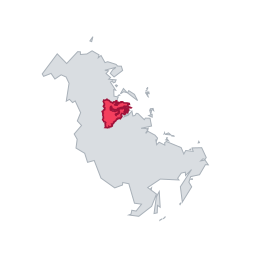 Yamal-Nenets highlighted on a map of Russia, rotated 73°
{"feature_id": "RUS-2382", "entity_name": "Yamal-Nenets", "entity_type": "Autonomous Province", "adm_level": 1, "iso_a3": "RUS", "parent_name": "Russia", "parent_adm1": "", "projection": "albers", "projection_center": [74.427, 67.879], "detail": "fine", "context": "in_parent", "style": "filled", "palette": "rose", "viewbox_px": 256, "rotation_deg": 73, "n_neighbors": 0, "source": "natural_earth", "source_scale": "10m", "svg_char_len": 9346}
<svg xmlns="http://www.w3.org/2000/svg" viewBox="0 0 256 256"><g transform="rotate(73 128 128)"><path d="M215.6,143.5L211.4,152.7L211.2,150.3L207.8,148.4L209.8,144.5L204.8,137.3L201.8,143.8L181.5,143.5L178.6,149.0L180.9,149.9L181.4,158.2L168.0,168.5L149.2,169.8L149.0,176.7L139.5,176.8L132.0,183.6L123.9,179.9L118.0,181.2L112.0,171.7L106.4,174.4L99.5,168.8L86.7,170.6L87.5,173.6L83.5,175.6L84.3,179.2L68.0,171.3L61.1,172.3L57.6,176.4L59.8,183.6L53.3,185.6L53.9,193.6L51.2,194.2L36.4,174.0L48.4,167.8L40.3,153.8L41.2,151.3L43.8,152.0L45.2,145.7L43.7,139.8L49.6,134.3L52.1,135.9L50.8,132.6L58.7,130.9L58.7,128.0L63.7,120.8L65.8,119.8L66.9,116.3L71.4,116.3L75.1,126.4L70.6,129.0L67.6,125.2L67.2,123.1L66.4,122.2L66.0,133.3L67.6,129.9L69.5,133.1L74.6,129.9L75.7,132.2L78.5,125.3L80.5,127.0L80.5,128.9L78.3,129.2L79.0,131.4L88.3,128.7L87.1,130.4L93.4,132.1L95.5,128.3L102.2,133.6L101.2,125.9L105.8,121.3L106.8,121.9L105.9,125.3L107.3,133.5L105.0,138.3L102.3,137.9L105.5,139.5L108.8,132.4L110.1,132.1L111.0,135.3L112.8,135.8L111.3,132.2L107.5,131.5L108.1,127.7L107.0,125.3L108.4,121.6L109.3,125.8L111.6,126.6L112.2,126.5L109.5,124.0L111.5,122.6L115.6,124.1L115.2,127.2L116.2,128.5L115.9,124.1L112.9,119.3L117.9,119.8L118.1,117.8L116.4,115.8L117.0,114.3L124.8,110.0L123.6,108.5L125.1,104.1L133.0,104.9L132.1,115.6L133.8,110.7L135.7,109.7L137.5,112.1L137.9,112.4L138.2,112.2L136.9,110.0L142.7,104.3L146.3,102.7L148.6,104.4L147.1,104.8L152.4,105.5L150.7,102.4L155.1,97.8L152.8,97.2L152.1,95.3L162.3,82.9L169.2,82.2L166.4,79.4L169.4,72.5L165.8,72.5L168.4,63.3L179.1,61.8L180.5,63.4L179.4,65.4L180.7,68.1L181.2,63.7L186.7,62.0L185.7,64.7L193.6,73.3L192.8,82.3L197.6,85.6L202.9,84.3L214.7,97.7L199.5,95.1L186.3,79.4L190.3,86.9L187.0,86.1L186.7,90.3L190.6,95.2L192.6,94.5L186.3,112.0L190.7,126.6L199.5,120.1L209.8,128.3L215.6,143.5ZM104.6,110.8L94.3,118.2L92.5,116.4L97.7,112.0L104.6,110.8ZM197.9,116.7L213.2,120.4L210.6,122.4L217.7,124.9L217.4,128.1L202.1,121.0L197.9,116.7ZM88.9,120.8L94.0,118.5L92.1,121.5L93.1,125.3L88.9,120.8ZM144.9,94.5L144.5,90.7L147.2,89.0L144.9,94.5ZM118.1,100.3L121.6,102.2L117.7,102.1L118.1,100.3ZM116.6,98.3L118.9,98.4L116.3,100.2L116.6,98.3ZM122.0,100.9L124.7,101.7L122.2,104.6L122.0,100.9ZM148.2,88.9L148.3,87.2L149.6,85.9L148.2,88.9ZM30.4,134.9L34.8,137.5L33.6,139.0L30.4,134.9ZM96.4,98.5L97.7,98.5L95.1,98.5L96.4,98.5ZM149.9,93.8L152.2,92.9L150.4,95.4L149.9,93.8ZM85.2,127.0L83.5,127.6L83.3,126.6L84.4,125.7L85.2,127.0ZM98.8,98.6L100.0,98.5L100.4,99.1L98.8,98.6ZM102.5,99.5L101.7,100.5L101.0,99.9L101.4,99.3L102.5,99.5ZM103.5,99.9L102.6,99.6L104.0,99.5L103.5,99.9ZM94.2,126.3L94.3,128.5L93.6,126.7L94.2,126.3ZM117.7,101.0L117.1,101.8L116.4,101.2L117.7,101.0ZM99.8,97.6L101.2,97.7L100.6,98.3L99.8,97.6ZM162.9,64.0L162.8,65.2L161.5,64.2L162.9,64.0ZM95.6,97.4L96.3,98.1L94.7,97.4L95.6,97.4ZM105.9,120.6L104.5,120.7L105.9,120.4L105.9,120.6ZM134.1,108.7L135.3,109.4L134.1,109.4L134.1,108.7ZM166.5,73.5L167.0,74.6L166.5,75.1L166.5,73.5ZM100.4,100.4L99.9,99.9L100.9,100.5L100.4,100.4ZM100.8,98.4L101.0,99.2L100.4,98.5L100.8,98.4ZM223.6,118.1L224.4,119.0L225.2,121.0L223.6,118.1ZM99.3,100.0L99.6,100.8L99.0,100.6L99.3,100.0ZM111.4,122.4L110.4,123.0L110.2,122.9L111.4,122.4ZM196.0,81.5L195.5,82.7L195.1,81.5L196.0,81.5ZM148.8,93.4L149.5,94.2L148.7,94.1L148.8,93.4ZM192.0,122.9L193.3,123.5L192.6,124.0L192.0,122.9ZM214.9,98.9L216.5,100.6L215.8,100.8L214.9,98.9ZM98.3,99.9L97.6,99.9L97.5,99.6L98.3,99.9ZM111.9,120.7L111.8,121.6L111.5,121.4L111.9,120.7ZM144.0,94.5L144.2,95.2L143.2,94.4L144.0,94.5ZM225.3,124.3L224.8,121.6L225.6,124.5L225.3,124.3Z" fill="#d9dde1" stroke="#a8b0b8" stroke-width="1"/><path d="M99.1,130.6L100.9,132.0L101.0,132.4L101.8,133.3L101.9,133.6L101.8,133.8L101.9,134.0L102.3,133.7L102.2,133.5L102.9,132.2L103.0,131.9L102.5,132.0L102.3,131.8L102.0,130.9L102.1,130.2L101.8,130.3L101.1,129.7L100.9,129.9L101.0,130.1L100.9,130.0L100.9,129.5L101.1,128.8L101.3,128.9L101.5,128.6L101.4,128.3L101.6,127.8L101.6,127.5L101.7,126.9L101.6,126.6L101.2,126.8L101.1,126.4L101.5,125.9L101.3,126.1L101.2,126.0L101.5,125.3L102.2,125.1L102.9,124.5L102.9,124.3L103.2,123.5L103.6,122.3L103.6,122.2L103.7,121.8L103.7,121.7L104.1,121.0L104.4,121.0L104.2,121.3L105.8,121.3L106.2,121.5L106.3,121.5L106.8,121.9L106.7,121.9L106.8,122.0L106.7,122.2L106.8,122.4L106.8,122.7L106.8,123.0L106.5,124.0L106.4,124.2L106.3,124.6L105.9,125.2L106.1,125.7L106.5,126.2L106.5,126.5L106.7,126.9L106.5,127.6L106.6,128.1L106.3,128.5L106.5,128.8L106.3,129.2L106.5,129.7L106.3,130.2L106.4,130.8L106.4,131.2L106.2,131.5L106.3,132.2L107.2,133.2L107.3,133.5L107.2,133.5L106.8,134.2L106.8,134.5L106.9,134.9L106.9,135.2L106.7,135.3L106.8,135.6L106.2,135.8L106.0,136.2L106.1,136.4L106.0,136.6L105.6,136.7L105.8,137.1L105.7,136.9L105.5,137.1L105.5,137.3L105.3,137.7L104.8,137.6L105.0,137.8L105.0,138.4L104.6,138.4L104.7,138.5L104.1,138.7L103.7,138.4L104.1,138.2L103.7,138.3L103.3,137.7L102.9,137.9L102.7,137.8L102.3,137.8L102.4,138.3L103.7,139.2L104.8,139.2L105.4,139.6L105.8,139.5L105.9,138.9L107.5,137.6L107.6,137.3L107.6,136.7L108.5,135.6L108.5,135.0L108.4,134.4L108.0,133.7L108.2,133.4L108.1,133.1L108.2,132.8L109.8,132.1L110.3,132.1L110.4,132.4L110.3,132.7L111.0,133.3L111.0,133.5L110.9,133.9L111.1,134.1L111.0,134.8L111.1,135.0L110.9,135.2L110.9,135.4L111.5,135.8L111.5,136.0L113.0,135.8L112.7,135.7L112.4,135.7L112.5,135.6L112.3,135.5L111.7,135.6L111.8,135.4L111.6,135.3L111.3,135.4L111.3,135.0L111.4,134.9L111.3,134.7L111.3,134.4L111.9,133.9L111.7,133.6L111.6,133.3L111.3,132.2L109.7,131.4L109.2,131.3L108.8,131.8L108.5,131.8L108.0,131.6L107.7,131.8L107.5,131.6L107.6,130.9L107.3,130.0L107.5,129.1L107.5,128.9L108.0,127.9L108.0,127.5L107.7,127.0L107.7,126.6L107.4,125.9L106.9,125.4L107.3,124.7L107.4,124.3L108.6,123.4L108.7,122.9L108.7,122.2L108.4,121.6L108.6,121.4L109.0,121.7L108.9,121.9L109.2,122.2L109.1,122.4L109.2,123.0L109.1,123.4L109.0,123.8L108.8,124.0L108.8,124.4L109.1,124.7L109.0,124.9L109.1,125.1L108.8,125.3L108.9,125.6L109.6,126.0L110.3,126.0L110.3,126.3L110.4,126.0L111.1,126.1L111.3,126.5L111.7,126.7L112.3,126.6L112.3,126.3L111.7,126.7L111.8,126.2L111.5,126.2L111.5,125.7L111.2,125.8L111.2,125.4L111.0,125.7L110.8,125.6L109.7,125.0L109.5,124.1L110.2,123.6L110.8,124.2L111.3,124.1L111.4,123.8L111.1,123.4L110.6,123.5L110.7,123.1L110.9,123.2L111.2,122.7L111.5,122.7L111.5,122.8L111.7,123.0L111.9,123.4L112.6,123.5L113.2,123.9L112.9,124.1L113.0,124.2L113.0,124.5L112.4,124.7L112.4,125.0L112.2,125.3L112.3,125.5L113.0,126.0L113.6,126.1L113.6,126.7L113.8,126.8L113.7,127.0L113.9,127.2L113.8,127.6L114.0,127.8L113.9,127.9L113.4,127.9L113.0,128.3L112.8,128.8L112.7,128.7L112.7,129.0L112.3,129.5L112.6,129.9L112.5,130.0L112.9,130.1L113.4,130.9L114.2,130.9L114.5,131.1L115.0,130.9L115.1,130.4L115.4,130.7L115.2,130.9L115.3,131.1L115.9,131.1L116.0,131.2L115.8,131.4L116.0,131.6L116.1,132.0L116.7,132.4L116.1,132.7L116.4,132.9L116.5,133.4L116.4,133.8L116.2,133.8L116.3,134.4L115.6,134.6L116.1,135.1L116.0,135.3L116.4,135.5L116.3,135.9L116.5,136.1L116.2,136.4L117.5,137.4L117.7,137.8L117.5,138.0L117.6,138.4L118.2,139.0L117.9,139.4L118.3,139.8L118.3,140.0L118.9,140.0L119.2,140.3L119.1,140.5L119.5,140.7L119.7,141.3L119.5,141.9L119.6,142.1L119.5,142.4L120.3,142.2L120.3,142.5L120.6,142.6L121.0,142.3L121.4,142.4L121.4,142.8L121.6,142.9L121.5,143.3L121.9,143.8L121.9,144.3L121.4,144.8L121.3,145.6L121.0,145.8L121.4,145.9L121.6,146.4L121.9,146.3L121.7,146.9L121.9,147.1L121.9,147.5L121.6,147.9L120.9,149.7L120.6,149.2L120.3,149.2L119.9,148.8L119.3,149.2L118.6,148.7L117.8,148.4L117.4,148.8L116.8,148.5L116.4,147.7L115.8,147.9L115.8,148.1L115.0,148.8L114.9,149.3L113.6,149.4L112.7,149.9L111.6,149.0L111.4,148.5L110.9,148.4L110.5,148.6L109.9,148.2L108.2,148.4L107.9,148.0L106.8,147.9L106.5,147.3L105.9,147.7L105.3,147.6L105.1,147.9L104.6,147.9L104.6,146.8L104.4,146.6L103.9,146.5L103.6,145.9L103.5,145.6L103.8,145.3L103.8,145.1L103.2,144.7L102.9,144.7L102.0,144.2L101.6,144.3L101.7,144.6L101.5,144.9L101.0,144.6L100.2,145.3L99.1,144.6L99.1,144.3L99.3,143.9L99.0,143.7L97.6,143.4L97.2,143.7L96.6,143.7L95.3,143.9L95.1,143.7L95.3,143.6L95.2,143.4L95.0,143.2L94.6,143.2L94.2,142.9L94.6,142.5L94.7,142.2L94.8,141.6L94.9,141.0L94.6,140.8L94.5,140.0L94.3,139.7L95.3,139.4L95.4,138.9L95.7,138.5L95.9,138.5L95.9,138.3L96.2,137.9L98.2,137.1L98.2,136.7L98.4,136.6L98.4,136.4L99.5,135.6L99.4,135.4L99.2,135.4L99.2,135.1L99.6,135.1L99.5,134.8L99.6,134.4L98.9,134.3L98.8,134.1L98.9,133.5L99.4,132.6L99.2,132.3L99.2,131.9L98.4,131.5L98.5,131.2L99.1,130.6ZM105.9,120.4L106.0,120.9L105.7,120.5L104.5,120.8L104.7,120.3L104.6,119.9L105.0,119.6L105.6,119.7L105.5,119.8L105.5,120.2L105.4,120.3L105.6,120.3L105.8,120.1L105.9,120.4ZM110.7,122.0L111.4,122.4L110.9,122.9L110.2,122.9L110.7,122.0ZM103.5,138.6L103.2,138.8L102.8,138.5L102.7,138.0L102.4,137.9L103.4,138.2L103.4,138.4L103.5,138.6ZM108.0,120.8L108.5,120.8L108.4,120.9L108.3,121.5L107.9,121.0L108.0,120.8ZM109.4,119.5L109.3,119.8L109.0,119.8L109.0,119.7L108.8,120.0L109.1,119.6L109.4,119.5ZM101.4,130.1L101.3,130.4L101.0,130.3L101.2,130.1L101.4,130.1ZM109.9,120.5L109.5,120.5L109.9,120.5ZM101.0,127.4L100.9,127.1L101.0,126.6L101.0,127.4ZM105.6,119.9L105.7,120.1L105.6,119.9ZM109.6,119.5L110.0,119.9L109.4,119.6L109.6,119.5ZM101.0,130.4L101.3,130.5L101.1,130.6L101.0,130.4ZM101.2,126.1L101.0,126.6L101.2,126.1ZM101.1,127.4L101.2,127.8L101.0,127.6L101.1,127.4Z" fill="#f43f5e" stroke="#9f1239" stroke-width="1.5"/></g></svg>